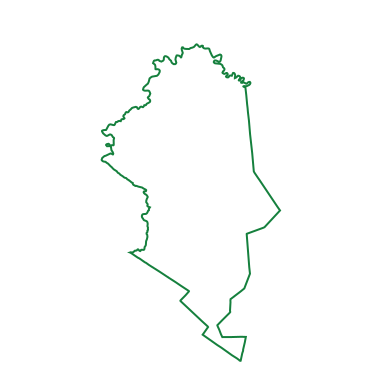 Cobán, Alta Verapaz, Guatemala, rotated 21°
{"feature_id": "79465075B25337893511969", "entity_name": "Cobán", "entity_type": "district", "adm_level": 2, "iso_a3": "GTM", "parent_name": "Guatemala", "parent_adm1": "Alta Verapaz", "projection": "mercator", "projection_center": [-90.634, 15.685], "detail": "fine", "context": "isolated", "style": "outline", "palette": "green", "viewbox_px": 384, "rotation_deg": 21, "n_neighbors": 0, "source": "geoboundaries", "source_scale": "gbopen_adm2", "svg_char_len": 5928}
<svg xmlns="http://www.w3.org/2000/svg" viewBox="0 0 384 384"><g transform="rotate(21 192 192)"><path d="M155.8,270.7L156.3,270.7L164.9,272.7L166.8,272.9L173.1,274.5L174.4,274.6L178.2,275.6L190.7,278.1L201.5,280.5L208.3,281.9L215.2,283.5L224.3,285.5L224.7,285.7L224.7,286.1L223.0,290.7L220.4,296.7L220.1,297.5L220.3,297.9L248.0,309.2L254.7,311.8L255.4,312.3L253.1,321.4L270.4,325.8L275.2,326.8L287.9,330.1L293.4,331.2L296.3,332.0L296.8,332.3L297.6,332.3L297.9,332.1L296.7,324.5L296.6,321.9L296.2,320.8L295.2,313.5L294.2,308.0L289.9,309.5L281.0,313.2L272.3,316.6L270.0,314.4L266.7,310.7L264.2,308.3L263.4,307.3L266.4,300.3L270.4,291.4L270.7,290.3L270.1,289.4L267.4,281.0L266.8,279.7L266.4,278.2L273.0,267.5L275.4,263.3L275.4,247.5L272.4,241.7L258.1,211.6L258.1,211.4L271.2,200.0L272.3,198.9L280.8,177.7L277.1,175.2L250.4,156.4L248.3,155.0L243.3,151.5L242.3,150.6L234.2,134.0L225.6,117.4L219.5,104.8L215.6,97.4L213.8,93.7L212.0,90.3L208.0,82.2L204.2,74.9L203.1,75.3L202.2,75.1L202.2,74.8L202.8,74.4L203.6,74.2L205.1,73.6L206.9,71.7L207.4,70.8L207.5,70.4L207.5,69.4L207.2,68.9L206.5,68.5L205.8,68.8L205.1,69.5L204.4,70.9L203.8,71.5L201.1,71.1L199.6,72.2L198.7,72.3L198.5,72.0L198.5,71.4L199.6,70.1L200.0,69.1L199.9,67.6L199.7,67.2L199.0,67.0L198.4,67.1L197.5,67.7L197.1,68.5L196.6,70.7L196.3,71.0L196.0,71.1L195.7,71.0L195.6,70.4L196.1,68.7L196.1,68.0L195.7,67.4L195.3,67.0L194.6,66.8L193.8,66.8L193.4,66.9L192.1,69.4L191.2,70.3L190.9,69.5L190.7,68.2L190.4,67.4L189.4,66.2L188.8,65.9L188.2,65.9L187.7,66.1L187.6,66.4L187.5,69.2L186.3,69.4L185.7,69.7L185.3,70.3L185.0,71.5L184.7,72.0L183.7,72.4L183.0,72.4L182.4,72.1L182.4,71.6L183.0,70.2L183.2,69.4L182.9,68.9L182.3,68.5L181.9,68.4L181.4,68.6L180.1,70.0L179.6,70.2L178.1,70.0L177.7,69.7L177.7,68.3L178.3,67.3L178.4,67.0L178.3,65.6L177.7,65.0L176.2,64.4L175.0,62.9L173.8,62.4L172.2,62.3L167.4,63.6L166.7,63.5L165.9,63.1L165.7,62.7L165.7,62.0L165.9,61.3L166.4,60.9L167.6,60.6L170.3,60.8L171.3,60.3L171.6,59.2L171.1,55.7L170.8,54.5L170.0,53.7L169.2,53.6L168.6,53.8L168.3,54.2L166.1,56.2L165.5,56.9L164.4,58.5L163.9,58.7L163.1,58.4L161.6,57.4L158.1,53.9L157.0,52.4L156.5,52.1L155.5,52.2L152.9,53.4L151.6,53.5L150.2,53.0L149.9,51.8L149.3,51.7L148.9,51.8L148.3,52.3L147.7,53.5L147.4,53.8L146.5,53.7L144.1,52.5L143.2,52.6L142.8,53.2L142.2,54.9L141.8,55.9L140.7,57.0L139.0,58.2L138.3,59.3L138.1,59.5L135.4,60.5L133.8,60.9L132.8,60.9L131.6,60.2L131.0,60.5L130.9,61.6L131.5,62.9L133.5,65.4L133.6,66.3L133.4,67.3L133.7,70.1L133.5,70.3L131.8,69.5L130.9,69.4L129.1,69.8L128.7,70.1L128.7,72.6L129.1,74.3L131.0,76.9L131.0,77.8L130.4,78.7L129.0,79.2L127.4,78.8L126.5,78.3L125.4,77.0L123.3,76.2L121.8,75.0L120.0,74.6L119.0,74.6L118.1,74.9L117.7,75.5L117.6,76.6L118.2,78.4L118.2,79.0L118.0,79.7L116.7,81.2L114.6,81.3L113.9,80.8L113.1,80.7L112.3,81.0L110.9,82.2L109.9,82.6L109.5,83.1L109.4,83.9L109.5,85.7L111.6,86.3L112.1,86.7L113.0,88.2L113.8,90.3L114.2,90.4L116.1,89.6L117.4,89.6L118.0,89.9L118.5,90.4L118.8,91.6L118.5,94.4L117.6,96.1L113.4,98.6L112.6,99.6L111.7,101.2L112.1,104.5L112.0,106.6L111.1,108.2L109.5,111.4L109.4,112.5L109.6,114.0L110.1,114.3L111.1,114.4L112.0,114.2L114.5,113.1L115.4,113.0L116.1,113.3L117.2,114.4L117.8,115.1L117.7,118.0L117.1,118.8L116.9,119.6L117.0,119.8L118.2,120.6L118.5,120.8L119.2,120.8L119.7,121.1L120.2,121.7L120.4,122.1L120.4,122.9L120.3,123.3L119.6,124.2L118.1,125.9L117.8,127.4L117.3,127.8L116.4,128.0L116.3,129.2L115.9,130.3L115.4,130.5L114.3,130.4L113.8,130.6L113.1,131.4L112.7,132.9L112.3,133.6L111.7,133.7L111.4,133.7L110.4,132.7L109.1,132.6L106.7,134.3L105.8,135.2L105.2,136.8L104.3,138.4L104.0,140.1L103.8,140.4L103.2,140.8L102.3,140.8L101.8,141.2L101.6,141.8L101.6,143.4L100.7,144.8L100.7,145.8L101.1,146.3L102.5,147.3L102.6,147.5L102.4,147.9L101.6,148.7L100.8,148.9L100.1,149.6L100.1,151.4L99.8,151.5L98.6,151.7L98.0,152.1L97.5,152.6L97.3,153.2L95.9,154.0L95.7,156.8L95.4,157.4L94.6,157.7L91.8,158.0L90.7,158.7L90.2,159.9L89.6,164.7L89.5,164.9L87.5,165.8L86.3,166.7L86.1,167.2L86.3,167.7L88.0,169.1L91.0,170.2L92.3,170.2L92.9,169.8L94.4,168.0L94.9,167.6L95.6,167.5L96.7,167.7L98.5,169.1L99.6,169.3L100.0,169.8L100.2,171.5L101.9,175.7L102.0,176.3L101.8,176.6L100.6,176.9L99.7,177.6L98.8,177.8L98.5,177.7L97.7,177.1L96.8,176.9L95.8,177.5L95.2,178.0L94.9,178.6L95.0,179.0L96.3,179.7L98.8,178.6L99.4,178.6L100.1,178.8L101.8,181.8L103.5,183.0L104.7,184.3L104.8,185.1L104.7,185.3L104.2,185.3L103.4,185.1L102.0,185.3L98.3,189.2L97.4,189.8L96.0,192.4L96.1,194.3L96.4,194.7L97.6,195.2L98.8,195.2L100.5,194.8L101.7,195.3L103.5,195.6L106.7,197.1L108.2,197.6L109.3,198.2L110.9,198.9L114.3,199.6L115.8,200.6L117.4,200.8L119.0,201.6L121.6,202.1L123.4,202.7L124.0,202.8L125.4,202.6L126.0,202.8L127.2,203.4L128.6,203.5L129.2,203.8L130.5,204.1L132.4,204.8L133.2,204.7L133.5,204.8L133.7,205.4L134.1,205.9L134.9,206.4L136.1,206.4L136.9,206.7L137.6,206.3L138.2,206.2L140.0,206.2L143.8,205.7L145.4,206.1L148.1,206.4L148.6,206.7L148.7,207.4L148.6,207.8L147.0,208.7L146.9,208.9L146.9,209.5L147.7,210.3L149.0,210.8L150.1,210.9L151.2,211.4L152.4,212.4L152.5,212.9L152.3,214.4L152.4,216.3L152.9,217.9L154.9,219.2L155.2,219.9L155.2,220.8L155.4,221.1L156.3,221.4L158.2,221.4L157.8,223.1L157.9,223.7L158.3,224.3L158.2,224.7L157.7,225.5L157.7,227.2L157.4,228.2L156.8,229.0L155.0,229.8L153.9,230.6L153.7,231.3L153.8,232.5L154.6,233.7L155.8,234.4L156.7,235.2L157.4,235.5L160.0,235.5L160.9,235.9L161.6,236.8L162.1,237.7L162.6,239.8L163.7,241.1L164.0,242.2L164.4,242.9L164.5,243.2L164.2,243.8L164.2,244.1L164.7,245.1L164.6,245.7L164.3,246.2L164.5,247.2L164.8,247.6L165.4,247.9L165.7,248.3L166.5,249.9L166.8,252.1L166.8,254.4L167.9,258.0L167.8,259.4L167.5,260.5L167.9,261.8L168.0,262.7L167.7,263.3L165.4,264.1L165.2,264.3L165.0,265.4L164.8,265.7L164.7,265.7L164.0,265.7L162.5,264.9L162.1,264.9L161.8,265.1L161.4,266.2L161.1,266.5L160.5,267.0L159.9,267.1L159.6,267.4L158.9,268.9L158.5,269.4L157.6,270.0L156.4,270.2L155.8,270.7Z" fill="none" stroke="#15803d" stroke-width="2"/></g></svg>